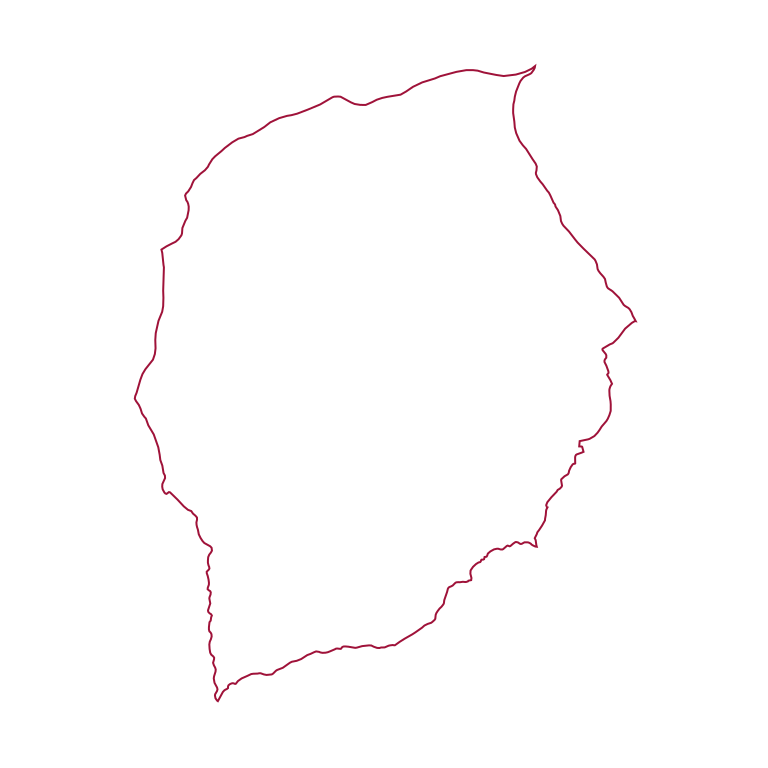 La Capilla, Boyacá, Colombia (Albers equal-area conic projection), rotated 3°
{"feature_id": "7082276B90092604037174", "entity_name": "La Capilla", "entity_type": "district", "adm_level": 2, "iso_a3": "COL", "parent_name": "Colombia", "parent_adm1": "Boyacá", "projection": "albers", "projection_center": [-73.451, 5.111], "detail": "fine", "context": "isolated", "style": "outline", "palette": "rose", "viewbox_px": 768, "rotation_deg": 3, "n_neighbors": 0, "source": "geoboundaries", "source_scale": "gbopen_adm2", "svg_char_len": 6130}
<svg xmlns="http://www.w3.org/2000/svg" viewBox="0 0 768 768"><g transform="rotate(3 384 384)"><path d="M234.7,709.4L239.2,700.0L240.6,698.3L241.7,697.5L242.9,696.9L244.1,695.9L244.1,694.0L244.5,693.0L245.7,691.9L247.4,691.0L248.7,690.7L249.8,690.9L251.0,691.3L251.7,691.1L253.7,688.3L257.2,685.5L263.3,682.4L266.6,680.6L268.6,680.2L273.0,679.8L274.5,679.4L275.9,679.3L279.2,680.3L281.9,680.7L287.1,679.9L288.4,679.0L291.1,676.0L292.2,675.2L297.8,672.7L304.6,667.3L306.5,666.2L311.3,665.0L315.7,663.0L321.6,658.7L324.7,657.4L328.2,655.5L330.2,654.6L333.2,654.9L334.5,655.4L336.6,655.7L339.6,655.4L341.9,654.8L344.1,653.8L348.8,651.5L349.9,650.8L351.2,650.6L354.1,650.8L354.8,650.7L356.1,648.9L357.0,648.4L357.7,648.2L359.2,648.1L362.0,648.2L369.1,649.0L370.6,648.7L375.9,646.9L382.7,645.8L385.0,645.8L387.5,646.9L390.9,647.9L393.3,647.9L394.8,647.3L398.5,647.0L402.3,645.1L403.7,644.7L406.5,644.2L407.7,644.4L408.6,644.3L413.1,640.7L417.9,637.3L425.4,632.5L428.3,630.4L434.7,625.4L437.0,623.1L440.2,621.3L443.6,620.0L444.7,619.1L446.8,617.0L447.5,615.8L447.7,611.8L448.3,610.0L449.5,607.9L451.2,605.4L453.1,603.4L454.9,600.8L455.3,599.7L455.5,596.7L457.9,588.3L458.5,585.2L459.0,584.2L459.9,583.3L461.0,582.9L463.1,581.7L465.6,578.9L466.5,578.3L468.4,578.0L470.1,578.0L473.1,577.4L475.6,577.5L476.7,577.3L478.2,576.7L478.6,576.0L481.3,575.3L481.5,573.2L480.2,569.0L480.2,565.8L480.6,565.0L482.5,561.9L485.3,559.0L487.7,557.3L489.4,556.8L489.9,556.1L490.3,554.7L490.7,554.3L492.2,554.2L493.1,553.7L493.5,551.5L495.4,551.1L496.0,550.1L496.6,547.9L499.0,545.6L502.5,543.4L505.4,542.6L506.5,542.5L509.0,543.1L510.7,543.1L511.6,542.7L515.1,539.3L516.0,538.9L518.0,539.5L518.7,539.2L521.3,536.7L523.5,535.0L524.5,534.9L526.1,535.2L528.1,536.4L529.0,536.6L529.9,536.4L532.5,534.8L535.2,534.6L536.5,534.7L537.6,535.1L539.1,535.9L539.7,536.6L541.2,537.4L543.6,538.4L545.1,538.5L544.6,537.1L543.6,531.9L542.6,530.1L544.4,526.0L544.9,524.1L546.6,521.6L549.2,517.2L551.9,511.7L551.9,510.3L552.4,506.4L552.5,502.2L552.7,500.9L553.6,498.9L553.3,498.9L552.3,496.5L553.3,493.5L557.1,488.3L562.0,482.6L563.0,480.7L565.1,479.3L566.7,477.4L567.1,476.3L566.0,471.3L565.9,470.6L566.1,469.8L569.1,466.7L572.2,464.7L572.6,464.2L573.1,463.1L573.4,460.9L574.8,457.3L576.6,454.4L577.5,453.8L578.8,453.6L579.1,453.3L578.7,447.5L578.8,446.2L579.1,445.4L579.5,444.7L580.2,444.2L584.8,442.3L586.8,441.3L585.2,436.4L584.8,436.1L582.2,436.1L582.4,430.8L590.7,428.6L592.2,428.0L596.8,425.0L599.8,421.5L601.7,418.5L603.6,415.1L608.0,409.4L609.3,407.0L610.7,403.3L611.8,399.0L611.5,392.5L611.1,389.3L609.9,384.0L609.4,379.0L609.4,377.5L609.9,375.3L610.5,373.8L611.7,371.9L609.8,368.2L606.5,363.3L606.4,362.9L607.5,361.5L607.6,360.7L607.3,359.3L605.1,354.1L603.1,350.6L603.0,349.8L603.0,348.9L603.4,347.8L604.6,346.1L604.5,343.7L603.8,342.4L601.0,339.3L600.4,338.5L600.3,337.8L600.5,337.3L601.3,336.7L607.5,332.6L610.1,331.4L611.0,330.6L615.6,325.6L621.9,316.1L628.3,310.0L631.3,308.0L632.1,308.1L630.5,305.4L628.9,303.0L627.3,299.3L625.4,296.5L624.1,295.3L620.7,293.5L619.2,292.4L614.3,285.6L607.3,279.4L602.7,276.7L601.9,275.7L601.4,274.9L600.1,271.0L599.2,267.6L597.6,265.5L594.2,262.1L592.3,259.8L591.3,258.0L590.4,253.4L588.8,250.0L587.9,248.6L576.3,238.5L569.9,232.6L567.2,229.6L560.8,222.1L555.0,216.6L553.6,214.7L552.2,212.0L551.3,207.0L548.6,201.3L546.0,197.8L545.5,196.0L544.8,195.0L543.9,194.2L540.2,186.9L538.6,184.2L536.9,182.5L532.0,176.2L529.5,173.6L526.3,169.6L524.8,166.5L524.6,165.2L525.1,162.6L525.2,158.8L523.9,156.0L520.6,151.7L513.6,141.8L510.2,138.4L506.6,134.0L502.9,126.6L501.2,121.0L500.4,115.0L498.8,106.7L498.6,103.0L498.6,97.9L499.3,94.2L499.6,90.3L500.6,85.0L503.4,76.7L504.5,74.2L507.0,70.7L508.7,69.3L513.2,67.0L514.8,65.9L517.1,62.4L518.0,60.3L518.2,58.6L515.0,61.4L508.5,65.0L499.5,68.1L487.4,70.2L480.0,69.5L467.4,67.7L461.2,66.2L456.4,65.9L449.6,66.3L440.0,68.5L424.0,73.7L418.9,76.2L406.4,80.8L397.4,85.7L390.7,90.8L385.4,94.2L372.5,97.0L367.3,98.4L361.9,100.5L357.5,103.1L351.1,106.3L345.6,106.5L340.0,105.9L336.3,104.5L325.6,99.4L323.1,99.3L319.1,99.7L317.6,100.3L305.6,108.2L293.5,114.0L283.1,118.6L277.4,120.4L273.2,121.3L265.4,124.0L256.8,128.6L250.9,133.7L239.9,141.3L234.3,143.4L231.8,144.7L225.8,146.6L219.8,150.6L212.7,156.6L209.7,159.7L203.5,165.4L200.8,168.5L197.8,173.9L196.8,176.3L194.0,179.9L189.5,183.8L185.9,188.1L183.6,190.3L182.2,193.6L181.0,197.3L178.4,201.9L176.3,204.2L175.5,206.2L176.9,210.8L178.1,212.3L179.0,214.3L179.7,217.1L179.8,220.6L178.7,228.3L177.1,231.4L174.5,238.8L174.4,244.2L173.9,246.1L171.3,250.1L168.4,252.9L165.1,254.7L159.6,257.9L154.7,261.4L155.7,264.7L157.6,276.8L158.1,279.0L158.6,302.4L159.2,309.4L159.4,317.9L158.7,323.5L155.5,332.7L153.4,345.1L153.3,352.1L154.0,360.3L153.6,366.1L152.0,371.8L144.9,381.8L142.3,386.7L140.5,392.4L137.4,405.7L136.2,409.1L135.9,411.7L137.3,414.1L140.3,417.8L142.2,421.5L143.9,426.1L146.4,429.3L148.0,430.9L150.8,437.6L156.7,446.4L161.9,459.0L163.7,466.5L164.6,471.6L166.9,477.1L168.5,484.4L170.0,486.9L170.3,489.4L167.9,495.5L167.9,498.2L168.5,500.8L170.4,503.9L171.4,504.8L172.6,505.1L174.9,503.2L176.0,503.4L183.9,510.3L190.5,516.7L194.8,519.9L198.2,521.0L200.0,523.4L202.6,525.4L204.2,527.1L204.4,529.2L203.9,532.1L204.2,534.5L204.8,536.7L205.8,539.3L206.9,543.8L208.9,547.4L211.0,550.3L212.9,552.2L219.0,555.2L220.4,556.6L220.9,559.4L220.0,561.3L218.4,563.6L217.5,566.1L217.4,569.3L217.5,571.7L218.2,574.2L219.0,575.9L219.3,577.5L218.7,578.6L216.8,580.7L216.9,582.2L218.0,584.9L219.0,588.4L219.6,591.7L219.6,593.7L218.7,596.6L218.6,598.1L219.7,599.1L221.3,600.0L221.9,601.1L221.8,603.3L220.9,606.1L220.8,607.4L222.0,612.2L220.1,619.2L220.4,620.7L221.8,622.1L223.4,623.0L224.2,624.2L223.6,626.1L223.3,629.4L222.2,631.0L221.9,635.9L222.0,638.3L222.6,640.2L223.9,641.3L224.8,642.9L225.1,645.2L224.5,647.9L223.5,650.5L223.2,653.3L223.7,657.7L224.5,661.4L225.6,663.3L227.8,665.0L228.7,666.2L228.7,667.8L227.9,671.4L228.9,673.9L230.2,676.0L230.9,677.9L230.8,680.1L229.6,684.8L229.4,686.9L230.4,691.3L233.2,695.9L233.7,697.7L233.3,699.4L231.6,702.7L231.5,704.0L232.2,706.7L233.9,708.9L234.7,709.4Z" fill="none" stroke="#9f1239" stroke-width="2"/></g></svg>